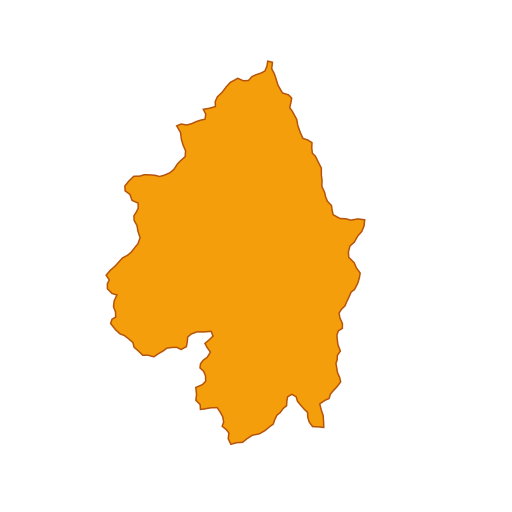 the district of Miraí, Minas Gerais, Brazil, rotated 122°
{"feature_id": "56859067B88610253511100", "entity_name": "Miraí", "entity_type": "district", "adm_level": 2, "iso_a3": "BRA", "parent_name": "Brazil", "parent_adm1": "Minas Gerais", "projection": "orthographic", "projection_center": [-42.611, -21.144], "detail": "fine", "context": "isolated", "style": "filled", "palette": "amber", "viewbox_px": 512, "rotation_deg": 122, "n_neighbors": 0, "source": "geoboundaries", "source_scale": "gbopen_adm2", "svg_char_len": 2970}
<svg xmlns="http://www.w3.org/2000/svg" viewBox="0 0 512 512"><g transform="rotate(122 256 256)"><path d="M274.5,390.6L273.6,384.0L278.0,381.2L282.3,380.8L286.7,380.8L290.4,378.2L293.2,373.1L297.5,369.3L301.9,364.0L308.2,362.6L312.8,363.2L318.7,363.8L323.6,365.4L328.4,368.2L334.3,369.3L339.2,370.1L345.3,372.0L351.7,372.9L354.1,367.7L358.2,367.4L362.5,364.7L364.1,358.2L362.7,353.3L369.2,352.5L374.5,350.0L377.8,345.6L382.1,342.6L386.0,344.6L390.3,343.5L393.0,336.0L394.1,330.0L393.2,325.5L393.6,321.1L394.6,314.6L398.0,311.0L398.8,305.7L400.2,299.4L397.5,295.4L395.6,289.2L390.6,287.0L385.9,284.5L381.3,282.7L377.8,278.4L375.4,274.7L375.0,270.0L369.8,267.0L365.0,268.9L360.9,271.0L356.5,269.6L351.7,265.9L348.0,260.0L343.7,254.1L346.7,250.0L352.3,251.4L357.2,253.0L359.5,248.9L361.7,243.7L367.7,243.7L372.3,245.5L376.7,246.0L380.6,244.2L381.5,239.4L384.4,235.3L388.9,232.3L393.5,233.3L399.4,237.4L405.0,233.0L410.2,230.6L411.6,224.6L415.6,221.8L412.7,218.3L408.7,213.9L405.2,208.6L406.9,204.6L409.8,199.2L414.0,195.4L418.3,194.5L419.0,189.2L420.5,185.2L425.7,182.7L429.0,177.5L424.7,173.6L421.2,168.7L415.7,166.8L410.0,164.2L405.1,159.0L399.4,155.9L393.6,154.0L389.4,152.3L384.8,153.4L380.0,153.9L375.8,152.5L370.7,152.1L366.8,150.7L362.8,152.9L358.7,154.6L354.3,152.3L354.1,147.4L357.2,143.9L358.9,138.9L360.4,133.9L361.3,129.4L365.3,126.7L368.6,122.9L370.7,117.6L367.6,112.1L365.5,107.7L361.8,110.1L355.7,114.5L351.5,119.6L347.6,123.6L341.8,121.0L338.2,118.5L333.7,119.7L329.4,119.1L323.9,118.0L317.9,117.5L314.6,120.8L311.8,125.0L308.4,128.0L304.7,131.3L300.8,132.2L297.3,134.3L291.9,134.1L287.8,139.5L283.7,142.9L280.2,145.5L275.8,146.5L271.6,144.4L267.5,146.9L264.0,152.1L260.4,155.3L256.0,155.3L251.0,154.1L247.1,154.8L242.3,155.3L236.2,156.2L232.1,154.7L225.1,155.3L219.9,156.7L215.3,158.6L212.7,164.9L209.7,169.1L208.0,176.6L203.6,179.8L197.7,181.6L192.2,180.0L184.9,180.3L179.3,179.3L173.2,180.3L167.7,183.0L170.5,189.2L175.3,194.5L176.8,199.4L179.7,204.8L180.1,212.4L176.9,215.7L173.2,218.7L171.7,224.5L168.8,228.5L165.8,231.4L162.1,237.0L156.7,240.2L152.8,243.4L146.8,247.2L143.1,253.4L139.9,258.4L139.0,262.6L135.1,265.8L130.2,268.6L130.2,273.8L131.4,278.5L127.8,283.9L123.0,289.9L118.6,293.8L116.3,297.9L114.1,301.8L112.3,306.0L107.7,307.6L103.2,309.4L102.1,313.7L103.7,320.0L99.5,327.9L95.2,332.8L91.7,337.1L88.9,341.9L83.0,344.7L84.5,349.3L89.6,347.2L94.5,346.5L98.2,348.7L102.1,351.9L106.0,354.5L111.2,355.4L114.1,359.6L115.0,365.7L118.6,367.6L122.3,369.8L127.8,370.8L135.2,371.5L141.5,373.1L146.7,372.4L150.8,369.6L155.6,374.0L159.5,378.4L162.3,373.8L167.0,371.7L170.4,375.2L173.8,378.0L178.0,380.8L181.7,384.3L183.7,389.4L187.7,392.2L191.3,385.4L196.5,381.2L200.6,376.6L204.1,371.5L209.3,368.7L215.3,370.5L219.6,371.4L225.8,371.5L231.0,373.1L236.1,376.6L239.7,379.9L241.0,384.2L243.5,389.1L246.3,393.9L249.7,396.7L253.2,401.9L260.0,403.6L266.1,404.3L270.1,401.5L270.6,395.5L274.5,390.6Z" fill="#f59e0b" stroke="#b45309" stroke-width="1.5"/></g></svg>